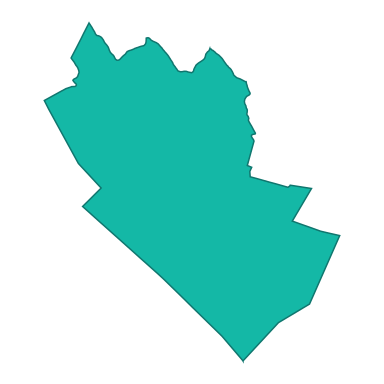 the district of Abu-l-Matamir, Al Buhayrah, Egypt
{"feature_id": "37247803B42865985960585", "entity_name": "Abu-l-Matamir", "entity_type": "district", "adm_level": 2, "iso_a3": "EGY", "parent_name": "Egypt", "parent_adm1": "Al Buhayrah", "projection": "mercator", "projection_center": [30.09, 30.782], "detail": "fine", "context": "isolated", "style": "filled", "palette": "teal", "viewbox_px": 384, "rotation_deg": 0, "n_neighbors": 0, "source": "geoboundaries", "source_scale": "gbopen_adm2", "svg_char_len": 4480}
<svg xmlns="http://www.w3.org/2000/svg" viewBox="0 0 384 384"><path d="M209.9,48.5L209.6,49.3L209.1,50.6L208.7,51.0L207.5,51.9L205.8,54.2L205.5,55.7L205.3,56.3L205.2,57.0L204.4,58.7L203.1,59.9L202.9,60.1L201.9,60.8L198.5,63.0L196.7,64.5L195.9,65.3L195.8,65.5L195.7,65.8L195.0,67.1L194.7,67.6L194.4,68.2L193.9,69.3L193.6,70.7L193.1,71.7L191.7,72.7L188.1,72.0L186.8,71.5L186.6,71.4L185.6,71.3L183.9,71.3L182.7,71.6L180.6,71.8L180.2,71.7L179.8,71.5L179.4,71.4L179.2,71.4L178.8,71.2L178.2,71.0L177.7,70.6L177.5,70.2L177.0,69.5L176.7,69.0L176.5,68.6L176.1,68.2L175.9,68.0L175.6,67.6L175.3,67.0L173.7,65.0L172.9,63.5L172.6,62.5L172.1,61.9L171.9,61.4L171.1,60.4L170.1,58.7L169.3,57.5L168.6,56.3L167.2,54.4L167.0,54.2L166.7,53.9L166.0,53.0L165.3,52.3L164.6,51.5L164.1,50.8L163.0,49.6L162.7,49.2L162.1,48.3L161.7,47.7L160.6,46.7L160.3,46.3L160.1,46.1L158.2,43.9L156.2,42.6L155.2,42.2L153.4,41.4L152.9,41.2L152.3,40.8L151.3,40.3L150.4,39.3L149.7,38.6L149.3,38.2L149.0,38.1L148.0,37.7L147.2,37.9L146.3,38.0L146.2,38.5L146.2,39.8L146.1,41.0L146.1,41.4L146.0,42.2L145.8,43.0L145.6,43.6L145.4,44.0L144.2,45.4L143.6,45.7L143.4,45.8L141.9,46.1L140.4,46.5L138.7,47.1L137.7,47.5L137.2,47.6L136.0,48.0L135.9,48.1L134.6,48.5L133.4,49.3L133.1,49.3L130.9,50.2L130.7,50.2L129.0,50.7L128.7,50.9L127.5,51.4L127.2,51.5L126.8,52.1L126.4,52.6L125.3,54.2L124.4,54.9L123.5,55.6L122.9,56.2L122.6,56.4L121.5,57.6L121.3,57.8L120.3,58.9L120.0,59.3L119.6,59.5L118.9,60.0L118.7,60.1L118.1,60.2L117.6,60.2L116.8,60.2L116.6,60.1L116.0,59.5L115.5,59.3L114.7,57.7L114.4,57.1L114.0,56.2L113.3,55.3L113.2,55.1L112.2,54.3L112.1,54.2L111.1,53.2L110.3,52.3L109.8,51.2L109.3,50.2L109.0,49.3L108.8,48.7L108.4,47.6L108.2,47.1L106.8,45.1L106.4,44.6L106.2,44.4L105.2,43.3L104.3,42.0L103.5,40.2L102.1,38.2L101.7,37.7L100.8,36.9L98.9,35.9L96.6,35.4L96.1,34.7L95.6,34.1L95.4,33.9L94.7,32.1L92.8,29.0L91.9,27.3L90.8,25.7L89.8,24.1L89.2,23.4L89.0,23.0L85.6,29.6L84.3,32.2L84.2,32.3L81.0,38.8L76.2,48.2L71.8,56.6L71.1,58.0L71.7,58.9L73.9,61.8L74.2,62.2L75.1,63.8L75.7,64.9L76.1,65.5L76.8,66.3L77.1,66.7L77.4,67.3L77.9,68.1L78.1,68.8L78.7,70.4L79.1,72.4L78.7,73.4L78.5,73.9L77.6,76.6L77.3,76.9L76.7,77.5L76.0,78.1L75.8,78.2L74.1,79.0L73.7,79.3L73.4,79.7L72.9,80.2L73.1,80.6L73.3,81.0L74.5,82.5L74.8,82.9L75.7,83.5L76.0,84.0L76.4,84.9L76.3,85.2L76.3,85.3L76.1,85.7L75.6,86.1L75.0,86.5L74.9,86.5L72.1,86.6L71.6,86.6L70.8,87.0L70.3,87.2L70.0,87.3L68.7,87.7L67.6,88.1L67.3,88.2L67.0,88.3L66.0,88.6L62.4,90.6L62.1,90.7L44.3,100.5L47.8,107.4L48.6,109.0L78.4,163.5L98.5,185.2L101.1,188.0L100.9,188.3L100.8,188.5L100.3,188.9L82.6,206.5L101.1,223.1L101.8,223.7L113.0,233.7L126.9,246.1L140.7,258.5L156.2,272.3L162.9,278.4L182.7,297.7L192.7,307.6L222.0,336.2L242.7,360.5L243.0,361.0L243.0,360.9L278.5,322.6L309.1,304.3L309.5,304.1L339.7,235.6L327.8,232.9L320.6,231.2L292.3,221.1L294.3,217.7L296.0,214.8L311.5,188.5L290.2,185.2L289.9,185.8L289.8,186.0L288.0,187.3L275.3,183.7L269.3,182.1L256.6,178.5L250.2,176.8L249.8,171.5L251.7,167.3L247.3,165.5L254.0,141.1L253.5,139.7L252.4,138.2L251.6,136.8L251.4,136.4L251.5,135.2L253.0,134.3L253.4,134.3L253.9,134.2L255.2,133.9L255.4,133.2L254.5,131.6L253.4,129.6L253.3,129.4L252.3,127.5L252.2,127.3L251.5,126.0L250.7,124.7L250.5,124.4L249.4,122.4L249.1,121.9L248.5,120.7L248.5,120.0L248.6,119.0L248.8,118.3L248.3,116.9L248.2,116.5L247.1,115.0L246.8,114.0L247.0,113.0L247.1,112.7L247.1,112.3L247.2,111.7L247.3,110.6L247.1,109.2L246.4,108.3L246.1,107.0L245.9,105.8L245.4,104.9L244.7,103.5L244.5,102.0L244.4,101.8L244.4,101.2L244.6,100.4L244.9,99.0L245.6,97.9L246.6,96.4L247.9,95.7L248.5,95.3L249.3,94.9L249.5,94.7L250.0,94.0L250.1,93.3L250.0,92.9L249.7,92.3L249.6,92.1L249.0,91.0L248.3,89.3L247.8,88.1L247.3,86.6L247.1,85.7L247.1,85.4L246.6,84.2L246.4,83.3L246.3,82.6L246.1,81.7L245.7,81.8L244.8,81.3L243.9,80.9L243.0,80.4L239.9,78.8L239.7,78.8L239.0,78.5L238.8,78.5L238.4,78.3L237.7,78.1L236.7,77.7L235.9,77.0L235.1,76.3L234.5,75.8L234.3,75.7L234.0,75.3L233.8,75.0L233.6,74.8L233.3,73.7L232.8,72.7L232.4,71.8L231.7,70.6L231.3,70.0L231.2,69.7L230.2,68.5L228.9,67.5L228.5,67.1L227.8,66.0L227.5,65.8L226.8,65.2L224.2,61.6L223.3,60.2L222.4,58.9L222.2,58.6L221.3,57.6L220.8,57.1L220.3,56.6L220.1,56.4L218.9,55.2L218.0,54.6L217.1,54.0L216.9,53.9L216.7,53.7L216.3,53.4L215.6,52.9L215.1,52.2L214.8,51.9L214.1,51.4L213.5,50.9L213.1,50.6L212.9,50.4L212.7,50.4L212.2,50.3L212.0,50.1L211.9,49.9L211.3,49.3L211.0,49.0L210.5,48.9L210.2,49.1L210.0,48.9L209.9,48.5Z" fill="#14b8a6" stroke="#0f766e" stroke-width="1.5"/></svg>